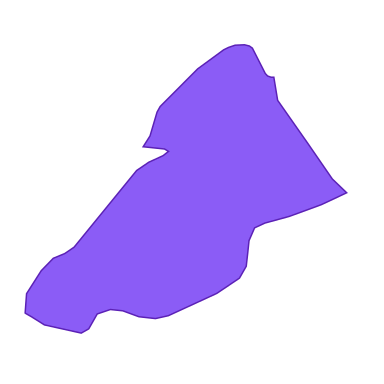 the Unitary Authority (wales) of Flintshire, rotated 276°
{"feature_id": "GBR-2126", "entity_name": "Flintshire", "entity_type": "Unitary Authority (wales)", "adm_level": 1, "iso_a3": "GBR", "parent_name": "United Kingdom", "parent_adm1": "", "projection": "albers", "projection_center": [-3.16, 53.209], "detail": "fine", "context": "isolated", "style": "filled", "palette": "violet", "viewbox_px": 384, "rotation_deg": 276, "n_neighbors": 0, "source": "natural_earth", "source_scale": "10m", "svg_char_len": 781}
<svg xmlns="http://www.w3.org/2000/svg" viewBox="0 0 384 384"><g transform="rotate(276 192 192)"><path d="M231.9,138.7L243.4,144.4L267.8,148.9L273.7,151.4L315.2,184.9L336.7,208.6L339.6,213.2L342.5,219.5L343.9,228.8L343.2,233.8L341.4,237.0L317.5,252.5L315.3,255.0L314.4,258.7L314.7,261.4L314.3,261.5L292.1,267.6L252.1,302.4L219.6,330.2L207.4,345.9L192.9,321.9L177.9,291.3L168.7,267.7L162.9,258.0L149.6,253.8L137.1,253.8L123.8,253.7L111.3,248.2L93.8,227.3L75.6,196.7L66.5,181.4L62.3,168.9L62.4,152.2L66.6,135.6L66.6,123.1L60.8,110.5L45.1,103.6L40.1,96.6L44.4,59.1L51.1,45.5L53.7,39.6L54.2,38.7L73.6,38.1L98.0,50.3L111.6,61.0L117.5,71.9L124.8,80.5L207.6,134.7L217.1,145.9L225.1,159.4L229.9,164.4L231.9,160.2L231.9,138.7Z" fill="#8b5cf6" stroke="#5b21b6" stroke-width="1.5"/></g></svg>